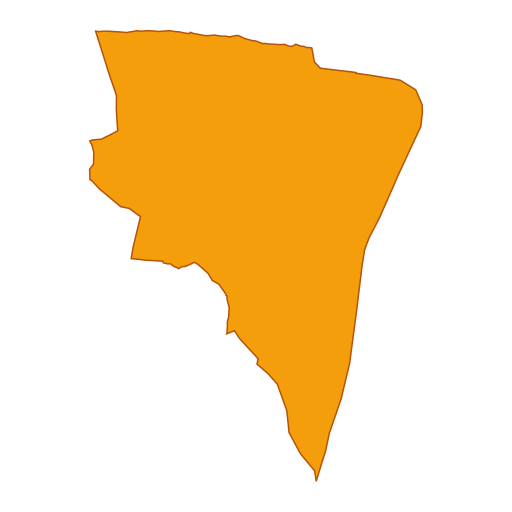 outline of Maybrat, Papua Barat, Indonesia
{"feature_id": "22746128B44891092584435", "entity_name": "Maybrat", "entity_type": "district", "adm_level": 2, "iso_a3": "IDN", "parent_name": "Indonesia", "parent_adm1": "Papua Barat", "projection": "equal_earth", "projection_center": [132.34, -1.424], "detail": "fine", "context": "isolated", "style": "filled", "palette": "amber", "viewbox_px": 512, "rotation_deg": 0, "n_neighbors": 0, "source": "geoboundaries", "source_scale": "gbopen_adm2", "svg_char_len": 3227}
<svg xmlns="http://www.w3.org/2000/svg" viewBox="0 0 512 512"><path d="M415.6,89.7L414.9,89.3L400.2,80.2L399.6,80.1L398.7,79.9L381.4,77.1L370.9,75.4L369.3,75.1L360.1,73.8L355.8,73.2L355.9,72.5L353.9,72.2L342.0,70.8L337.5,70.3L320.5,68.2L320.3,68.1L316.2,63.8L314.4,62.0L313.8,58.6L312.8,53.1L311.8,48.0L309.2,47.5L306.6,47.6L303.7,46.3L301.5,46.3L301.3,46.3L299.0,45.5L295.7,44.2L292.9,46.1L292.1,46.2L291.3,46.2L289.2,46.3L288.0,45.8L284.8,44.4L279.9,44.6L274.5,44.3L267.9,43.9L267.1,43.7L265.5,43.5L262.3,43.5L255.6,40.9L253.2,40.7L252.3,40.6L244.8,38.6L242.5,37.5L238.6,35.6L236.2,35.5L229.9,36.8L229.4,36.9L227.0,36.4L225.8,36.2L220.4,36.1L219.0,35.8L215.4,35.2L214.7,35.1L207.1,35.7L202.9,35.3L197.0,34.1L193.6,33.5L190.3,32.3L189.3,33.6L183.8,32.9L183.6,32.8L179.2,31.8L175.4,31.6L172.3,31.1L169.3,30.7L161.3,31.3L158.7,31.5L153.9,31.0L151.7,30.9L149.4,30.8L148.2,30.7L140.6,31.2L137.2,30.7L135.0,31.1L130.8,31.8L128.9,32.1L126.7,32.5L117.9,31.8L117.6,31.8L107.7,31.2L103.0,31.2L99.1,31.6L95.6,31.2L102.1,51.6L109.1,74.0L112.1,82.7L114.1,88.5L116.4,95.4L116.5,95.7L116.3,109.0L116.7,115.7L116.8,117.6L117.2,123.8L117.7,130.7L117.6,130.8L113.7,133.0L109.4,135.2L105.7,137.0L101.6,139.1L100.5,139.2L92.2,140.0L91.4,140.3L90.5,140.7L89.8,141.0L91.9,145.1L92.1,145.5L93.8,152.3L93.5,164.1L89.7,169.2L89.6,169.3L90.0,179.8L91.8,180.7L93.9,182.9L96.4,185.6L100.1,189.5L102.2,191.2L104.8,193.4L106.4,194.7L107.8,196.0L110.5,198.1L114.8,201.7L119.3,205.5L119.8,205.9L120.3,206.3L120.4,206.6L128.2,208.2L129.4,208.5L132.2,210.6L135.0,212.7L140.3,216.5L140.5,216.7L139.3,221.6L134.4,241.9L133.2,246.7L131.2,258.6L140.9,259.6L145.0,260.1L154.5,260.7L156.5,260.8L157.8,260.9L162.7,261.2L163.3,262.7L163.3,262.8L167.7,263.9L170.2,263.8L170.7,264.1L174.4,266.7L174.8,266.8L178.0,268.0L178.4,268.7L178.5,268.7L181.8,266.7L185.0,266.5L185.5,266.4L189.5,264.6L193.7,262.7L194.5,262.3L198.2,264.6L207.7,273.0L208.3,273.7L209.7,276.1L210.4,277.3L211.0,278.2L212.3,280.5L213.1,280.9L217.0,283.1L219.0,284.3L225.8,294.1L226.2,295.6L226.3,295.7L227.3,296.1L227.1,297.1L227.0,297.3L227.0,299.1L228.2,303.7L229.2,307.8L229.1,309.0L228.7,315.5L228.6,316.9L227.3,322.1L227.4,325.9L227.0,332.9L226.7,333.8L234.4,330.8L237.4,335.2L239.3,338.0L239.9,338.9L249.5,349.3L258.1,358.7L257.0,364.2L267.9,373.5L270.0,375.9L277.3,384.2L277.4,384.3L286.5,409.8L286.8,410.8L288.2,424.0L289.0,432.4L297.5,448.3L298.5,450.1L300.7,454.1L301.0,454.4L307.6,462.4L314.6,470.8L315.3,475.1L316.1,480.3L316.3,481.3L316.6,480.1L320.9,465.8L321.7,463.2L325.0,452.9L325.6,451.0L329.3,433.3L332.8,423.2L333.2,421.9L336.5,412.5L337.3,410.0L337.7,408.8L341.0,399.3L341.1,398.9L342.3,394.2L342.6,392.7L349.7,363.1L350.5,356.9L351.3,350.5L351.6,348.3L354.4,327.3L356.3,313.0L356.9,308.7L356.9,308.1L361.0,274.6L361.2,273.2L361.4,271.0L362.1,265.6L362.4,263.5L364.6,249.9L366.4,244.9L369.1,237.8L371.3,233.6L371.5,233.1L373.8,228.8L378.5,219.7L379.2,218.3L380.0,216.7L381.7,212.7L385.8,203.4L386.1,202.8L387.1,200.6L387.5,199.6L389.6,194.8L394.5,183.7L395.6,181.1L398.3,174.8L398.4,174.7L404.8,160.9L415.4,138.1L417.7,133.2L420.8,126.6L421.8,117.5L422.4,112.5L422.4,112.1L422.1,104.5L422.0,104.3L417.7,94.4L415.6,89.7Z" fill="#f59e0b" stroke="#b45309" stroke-width="1.5"/></svg>